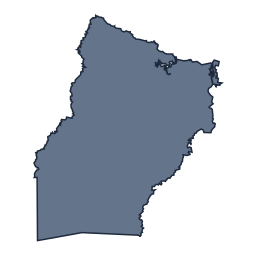 Central Coast (Tas.), Tasmania, Australia
{"feature_id": "25037944B34694615904571", "entity_name": "Central Coast (Tas.)", "entity_type": "district", "adm_level": 2, "iso_a3": "AUS", "parent_name": "Australia", "parent_adm1": "Tasmania", "projection": "equal_earth", "projection_center": [146.11, -41.27], "detail": "fine", "context": "isolated", "style": "filled", "palette": "slate", "viewbox_px": 256, "rotation_deg": 0, "n_neighbors": 0, "source": "geoboundaries", "source_scale": "gbopen_adm2", "svg_char_len": 5667}
<svg xmlns="http://www.w3.org/2000/svg" viewBox="0 0 256 256"><path d="M34.2,177.5L37.1,177.5L37.5,240.6L81.9,232.6L138.5,235.2L139.8,236.3L140.4,236.1L141.0,235.4L140.9,233.2L142.4,232.4L141.9,231.3L142.5,229.1L143.6,228.1L141.3,226.3L142.5,225.2L141.8,223.2L142.4,221.3L141.6,219.9L140.3,219.9L139.3,218.7L139.1,218.1L139.9,217.8L139.9,217.0L140.9,216.3L140.6,215.4L139.4,214.9L143.1,211.4L142.4,210.3L143.5,208.7L142.7,207.8L143.0,206.2L144.0,205.0L146.9,204.1L147.1,203.0L148.2,201.9L147.8,200.2L149.4,197.1L151.4,194.4L153.5,193.8L153.7,191.0L155.0,189.9L151.9,190.3L152.2,186.4L154.5,186.5L155.1,185.1L156.5,184.3L158.4,184.9L159.4,183.2L160.5,184.6L161.3,184.7L161.8,183.8L161.0,182.0L161.1,181.3L163.5,180.9L165.5,181.4L165.7,180.3L166.8,179.8L167.2,178.7L168.8,177.8L169.8,178.3L172.0,175.3L173.9,175.1L173.8,173.3L175.5,171.7L175.2,170.4L179.7,169.1L179.7,168.5L178.8,167.2L179.8,167.0L179.5,166.4L181.1,164.3L181.6,162.1L182.4,161.6L182.7,158.4L183.5,156.8L183.1,154.7L186.8,155.5L190.0,154.5L189.6,153.5L188.2,152.5L188.7,151.5L192.0,152.2L191.1,147.6L189.4,147.0L188.0,147.9L187.2,146.7L188.4,142.8L189.4,142.7L190.9,144.4L191.3,143.9L190.6,142.2L191.2,140.1L189.0,140.9L188.2,140.1L191.2,138.0L193.3,138.3L192.9,136.0L194.2,135.2L194.6,133.5L196.2,133.1L197.0,131.5L201.3,129.0L203.3,130.2L204.0,132.5L210.9,132.7L211.8,129.8L214.6,126.9L215.2,123.7L214.5,123.1L213.3,123.4L212.3,121.3L213.3,118.8L212.5,117.9L212.9,116.3L212.3,109.7L211.4,108.4L209.5,107.9L209.1,106.9L213.1,103.8L211.6,102.0L212.8,97.0L210.4,95.1L208.4,92.3L208.0,90.7L208.7,88.4L211.2,86.7L212.8,84.3L211.2,77.6L211.9,76.0L212.2,72.1L211.9,72.0L211.7,71.4L211.5,71.5L211.6,73.9L210.4,74.0L210.0,75.4L209.0,74.7L210.4,72.8L210.9,70.7L210.3,70.7L209.7,69.4L210.5,69.8L211.2,68.8L209.9,68.1L211.3,68.4L211.4,67.3L212.1,67.0L211.2,66.3L212.0,66.2L212.0,64.1L210.7,63.0L201.8,64.8L197.1,61.5L192.4,62.0L191.0,59.9L190.0,60.4L190.0,59.6L187.2,60.5L183.6,60.8L176.3,59.2L176.3,56.4L176.0,58.4L176.7,61.7L176.0,63.4L174.2,63.8L172.9,63.4L173.4,64.1L171.5,64.3L171.2,65.6L170.0,66.4L170.6,66.5L171.2,67.3L169.6,66.5L167.3,68.3L166.0,67.3L166.1,66.3L165.3,67.2L165.9,67.9L164.9,68.7L166.5,69.6L167.4,73.7L168.8,74.5L169.6,73.8L170.2,73.8L170.3,74.1L170.2,74.7L170.2,74.0L169.7,73.8L169.4,74.2L168.9,74.6L168.7,74.6L167.3,73.8L166.0,70.2L164.4,69.7L164.3,68.5L165.2,67.7L164.5,67.4L165.5,65.7L164.5,65.4L161.5,66.7L159.9,64.2L158.8,64.2L157.0,67.6L157.2,66.4L156.7,65.6L156.1,65.2L155.4,66.4L155.7,64.4L156.4,64.4L155.0,62.3L157.3,63.6L159.8,63.2L158.2,62.8L158.1,61.9L158.6,61.2L158.5,60.6L158.6,60.4L158.8,61.9L159.9,60.9L160.1,61.4L159.4,62.1L161.1,63.0L161.6,62.6L161.8,62.7L161.2,63.6L161.7,63.9L165.5,63.5L166.8,65.5L167.9,65.1L168.8,66.1L170.1,63.5L169.3,62.5L169.8,61.6L172.5,61.2L173.6,62.9L175.7,62.6L175.4,59.6L174.6,57.9L175.1,57.6L175.0,58.2L175.1,58.7L175.5,57.1L173.6,56.0L172.8,55.0L172.7,54.0L167.1,54.0L164.7,53.3L162.5,51.4L161.2,51.7L159.0,50.9L157.0,49.0L157.7,46.7L157.4,46.2L158.0,45.9L158.1,44.8L156.7,43.5L155.9,43.9L155.3,42.7L154.6,42.8L154.5,41.2L154.1,41.0L152.7,42.3L151.2,41.8L150.7,42.4L147.8,42.4L146.8,42.0L146.4,40.6L144.7,40.8L139.3,39.3L135.9,39.2L135.3,38.2L133.5,37.4L132.3,35.6L132.7,34.9L130.1,33.0L130.2,31.8L128.5,31.9L126.2,30.9L124.4,31.8L122.4,31.4L121.4,30.5L120.7,28.7L116.3,28.2L114.5,27.0L114.6,25.9L113.8,26.4L111.2,25.8L109.9,24.5L107.4,23.8L103.9,19.7L103.5,18.1L102.7,18.3L101.6,17.3L99.7,17.3L97.5,16.1L96.9,16.3L95.7,15.4L95.6,16.4L96.2,17.2L93.9,18.3L93.7,17.7L92.6,17.9L90.3,20.1L90.3,22.3L91.0,24.1L89.5,24.1L88.9,26.0L89.6,27.6L88.4,27.9L88.5,29.2L87.8,29.3L87.1,31.0L86.0,31.5L87.4,32.8L86.1,33.2L86.5,34.1L86.2,34.6L85.0,34.4L85.6,35.7L85.2,37.3L82.9,38.0L83.6,39.7L81.1,40.7L81.3,42.2L80.7,43.0L81.7,43.6L79.8,45.4L80.6,45.7L80.8,47.1L80.3,47.4L79.5,46.4L77.8,48.2L78.5,49.1L77.2,49.6L78.6,49.9L78.3,51.5L79.8,51.1L80.0,52.1L78.5,53.1L81.3,55.7L82.0,57.6L83.9,59.0L83.1,61.0L83.1,62.8L82.0,63.7L83.7,64.6L82.6,66.3L84.3,66.4L85.6,67.2L82.5,68.3L82.8,69.7L82.4,70.4L82.9,71.6L80.8,72.0L80.7,74.6L75.4,79.9L75.0,82.2L74.3,82.9L72.2,82.8L71.5,83.8L72.5,85.6L71.3,86.5L70.2,91.2L71.8,93.3L72.0,96.0L70.6,96.3L70.4,99.1L71.3,99.8L70.9,100.9L72.5,101.9L71.0,104.3L71.1,106.6L71.5,108.5L72.3,109.3L72.6,111.5L73.6,112.6L72.7,113.8L73.7,114.1L74.1,115.1L72.3,116.3L72.0,118.2L66.6,117.1L66.5,118.5L65.2,119.9L61.5,119.5L61.1,120.5L61.8,121.6L61.2,121.9L60.9,123.3L60.3,122.8L59.8,123.2L60.3,125.1L59.5,124.6L56.6,128.6L56.9,130.6L56.5,131.4L57.0,131.7L56.2,132.2L55.4,131.3L54.7,131.4L55.1,132.7L54.8,133.5L52.9,133.1L52.4,132.3L51.9,133.4L51.0,133.1L50.2,135.5L47.8,136.6L48.2,140.7L47.3,141.1L46.8,143.2L45.6,145.3L45.0,145.3L45.3,146.0L44.0,147.3L44.1,149.0L43.1,148.7L42.5,149.3L41.1,149.3L40.5,150.3L37.8,150.9L37.2,151.6L37.2,152.7L35.8,152.7L36.4,154.1L36.1,155.2L36.7,156.2L36.8,158.6L35.5,160.0L35.6,161.0L34.1,162.6L34.2,163.6L35.6,166.6L36.9,167.1L37.1,167.9L38.2,167.7L38.7,168.9L38.2,169.7L36.8,170.1L35.5,171.8L34.5,173.9L34.7,176.6L34.2,177.5ZM219.1,61.6L214.2,60.1L212.3,63.0L213.1,67.1L212.6,69.2L213.6,70.9L214.2,74.1L213.9,75.3L213.1,77.2L214.0,74.4L213.7,73.8L213.0,74.9L213.7,73.3L213.2,72.5L213.0,73.6L212.4,73.7L211.6,77.7L212.9,84.1L214.9,84.4L215.8,86.6L216.2,86.7L215.9,85.5L216.9,85.3L216.7,84.7L219.8,85.3L219.9,84.3L221.9,83.0L217.7,82.4L218.3,78.3L216.0,77.9L216.1,76.2L217.2,76.4L217.0,72.8L215.8,72.4L216.2,69.6L215.3,69.3L214.8,67.6L215.6,65.4L218.3,65.8L219.1,61.6ZM212.4,72.3L212.3,73.5L213.1,72.1L212.4,72.3ZM158.4,64.0L156.4,63.4L157.3,64.1L158.4,64.0ZM212.3,71.5L212.0,72.0L212.3,71.5ZM212.8,71.7L213.2,71.5L213.1,70.9L213.0,71.4L212.8,71.7Z" fill="#64748b" stroke="#1e293b" stroke-width="1.5"/></svg>